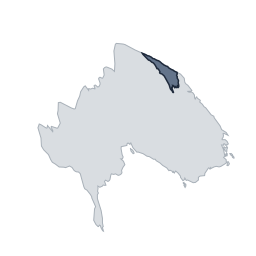 South Karelia highlighted on a map of Finland, rotated 242°
{"feature_id": "FIN-3188", "entity_name": "South Karelia", "entity_type": "Province", "adm_level": 1, "iso_a3": "FIN", "parent_name": "Finland", "parent_adm1": "", "projection": "equal_earth", "projection_center": [28.093, 61.258], "detail": "fine", "context": "in_parent", "style": "filled", "palette": "slate", "viewbox_px": 256, "rotation_deg": 242, "n_neighbors": 0, "source": "natural_earth", "source_scale": "10m", "svg_char_len": 5312}
<svg xmlns="http://www.w3.org/2000/svg" viewBox="0 0 256 256"><g transform="rotate(242 128 128)"><path d="M97.1,108.0L95.6,105.0L93.6,102.4L91.4,101.7L90.7,100.7L90.4,98.7L90.8,97.1L93.3,95.5L93.8,93.5L95.3,91.8L94.6,90.8L90.9,87.8L90.4,86.8L90.2,85.2L92.5,83.7L91.9,82.2L87.9,81.7L88.1,80.8L89.3,79.3L88.7,78.0L88.9,75.3L90.9,74.1L88.6,73.1L86.4,71.4L84.5,71.3L83.3,69.5L79.9,67.8L67.7,65.5L60.2,63.0L56.2,60.9L52.5,59.8L52.3,58.7L48.4,57.9L49.2,57.4L52.3,57.3L54.8,57.8L55.7,57.2L54.8,55.7L55.0,55.3L57.9,54.4L62.6,54.4L72.3,60.5L73.8,62.5L83.3,63.2L84.3,63.7L86.9,63.6L92.4,62.6L94.6,61.3L96.7,61.4L110.1,64.4L112.3,63.7L113.5,61.9L114.7,61.0L116.2,60.4L119.4,60.1L121.9,58.5L122.3,54.3L123.5,53.0L125.9,48.9L130.1,47.0L133.3,45.1L136.3,44.9L141.8,45.3L148.4,43.3L152.7,43.1L160.1,46.5L170.5,48.6L173.2,51.5L171.9,52.6L166.3,55.8L166.1,56.6L168.0,58.1L160.1,59.8L160.7,60.3L164.9,60.5L165.4,61.1L161.1,65.3L161.0,66.0L164.1,70.5L173.7,72.4L176.3,74.5L183.1,78.4L182.5,80.3L172.4,87.3L170.1,89.3L169.8,90.5L175.7,96.2L178.8,100.3L182.3,103.3L185.1,108.3L185.3,110.0L179.7,110.9L181.2,111.8L179.9,113.4L179.7,115.6L178.1,117.1L178.5,117.5L181.2,117.8L181.4,118.8L181.2,119.4L178.4,120.5L178.2,121.7L179.6,123.8L180.9,124.5L185.2,125.1L185.8,125.7L186.0,127.1L184.0,128.6L184.0,129.2L185.9,131.8L191.7,134.0L192.3,135.7L192.3,136.7L192.0,137.7L187.6,141.4L184.3,142.6L190.9,146.6L202.6,151.7L207.8,156.1L208.2,157.4L204.5,163.0L203.1,164.5L193.7,170.8L180.3,181.2L173.6,185.9L160.4,193.1L150.9,199.7L145.6,201.0L141.6,199.6L139.6,199.9L137.6,200.9L131.1,202.0L130.9,200.9L132.3,198.0L131.7,198.1L130.5,199.4L129.9,201.0L128.6,201.8L125.9,202.1L123.3,200.9L122.0,200.9L123.3,202.8L123.2,203.3L121.8,203.2L118.8,204.7L118.2,204.7L117.3,203.5L114.1,204.8L111.1,205.1L109.4,206.1L100.6,207.6L98.1,209.3L96.5,208.9L86.6,210.3L82.6,209.9L78.0,212.6L74.6,212.9L78.2,210.2L78.4,209.3L76.6,208.8L75.3,207.8L74.1,205.8L73.4,205.7L72.1,208.3L69.7,209.2L66.9,209.1L66.5,208.0L67.1,206.9L66.7,206.8L67.1,205.9L68.6,205.9L69.0,205.4L69.0,204.9L67.9,204.4L69.1,202.6L64.0,202.2L57.7,200.3L57.1,198.6L54.0,199.8L51.3,198.6L50.9,197.9L50.5,191.8L50.9,190.1L52.6,188.1L53.2,186.0L53.3,182.4L54.2,182.4L53.2,181.1L54.7,180.8L55.0,180.4L51.9,174.6L50.0,173.3L51.7,169.1L51.6,168.1L51.4,167.0L49.0,165.7L48.3,162.0L49.1,159.9L54.1,156.2L54.4,154.8L57.1,154.7L55.9,153.4L55.7,151.8L59.6,151.2L61.0,151.7L64.5,151.1L67.6,149.9L66.5,147.7L68.1,147.7L67.6,147.1L67.8,146.6L68.9,146.8L71.0,145.3L71.1,144.1L74.6,143.5L78.6,141.1L82.2,139.8L86.0,137.5L87.6,137.4L88.5,135.8L92.7,133.4L94.2,131.5L98.2,129.3L102.1,125.6L102.5,124.5L108.3,123.1L113.5,123.5L113.4,122.6L112.6,122.0L114.8,121.0L114.4,119.6L113.1,118.8L114.7,113.3L113.1,112.2L107.2,110.3L104.7,110.1L103.4,108.7L104.1,107.1L100.8,108.4L97.1,108.0ZM61.9,203.1L65.5,203.1L66.4,204.0L64.7,204.7L64.6,205.4L65.4,206.6L63.8,206.6L62.7,205.3L61.0,204.3L61.9,203.1ZM107.0,121.4L104.7,121.9L102.9,121.6L102.9,120.5L106.1,119.8L109.2,120.6L107.6,120.8L107.0,121.4ZM51.1,150.5L50.9,151.5L53.0,150.8L53.8,151.1L53.7,151.9L53.0,151.7L51.2,152.7L49.6,151.9L48.7,150.5L51.1,150.5ZM51.4,199.8L51.2,200.7L49.0,200.8L48.2,199.9L47.8,198.5L48.7,197.8L49.2,198.6L51.4,199.8ZM59.8,203.4L58.6,203.5L57.1,202.6L56.9,202.2L57.5,202.0L57.3,200.9L58.5,201.5L59.1,202.2L58.5,202.4L59.8,203.4ZM57.1,207.1L55.4,207.7L54.9,207.6L55.1,206.5L56.0,206.0L57.6,205.9L57.1,207.1ZM53.8,207.7L52.4,207.9L51.6,207.3L52.9,206.5L53.9,206.5L54.1,207.1L53.8,207.7Z" fill="#d9dde1" stroke="#a8b0b8" stroke-width="1"/><path d="M187.3,175.7L184.7,177.9L182.6,179.2L182.3,179.5L182.0,180.1L181.7,180.4L179.5,181.9L179.0,182.1L178.0,182.3L177.6,182.5L177.4,182.8L177.1,183.3L176.8,183.6L174.6,185.0L174.1,185.4L173.9,185.6L173.7,185.9L172.8,186.7L171.7,187.3L169.4,188.1L168.5,188.5L167.4,189.1L166.5,189.4L166.3,189.6L165.8,190.1L164.8,190.7L164.5,191.0L164.3,191.3L163.7,191.9L162.3,192.1L161.6,192.4L159.3,193.8L157.9,195.0L156.4,195.6L154.1,197.4L153.9,197.3L153.4,197.3L153.3,197.2L153.5,197.1L153.4,197.0L152.6,196.7L152.3,196.5L152.2,196.3L151.9,195.8L151.8,195.7L151.2,195.5L150.4,195.6L149.9,195.5L149.7,195.3L149.2,194.9L146.4,194.9L146.0,194.7L145.5,194.4L144.8,193.8L144.3,193.5L142.3,193.0L141.8,192.8L140.7,192.2L140.5,191.9L140.8,191.9L141.0,191.9L141.5,192.0L142.0,192.0L142.2,191.9L142.3,191.7L142.1,191.6L141.9,191.3L141.7,191.2L140.9,191.1L140.7,190.9L141.0,190.7L140.9,190.5L140.8,190.2L141.1,189.8L141.7,189.6L141.9,189.5L142.1,189.4L141.9,189.3L141.6,189.2L141.4,189.1L141.7,188.8L141.9,188.5L141.8,188.2L143.7,188.1L143.9,188.0L144.2,187.9L144.2,187.7L144.3,187.6L144.5,187.5L144.6,187.4L144.1,187.3L143.8,187.2L143.6,187.0L143.7,186.9L143.7,186.6L142.8,185.9L142.3,185.6L142.1,185.4L142.3,185.4L142.5,185.3L142.3,185.2L140.8,185.2L138.2,184.9L138.1,184.6L138.3,184.4L138.8,184.3L140.0,184.4L140.3,184.4L141.7,183.9L142.4,183.8L143.3,183.9L146.9,184.6L156.9,184.4L159.4,183.5L160.2,183.0L160.4,182.8L160.5,182.7L160.7,182.4L161.0,182.1L161.4,181.9L161.8,181.9L162.0,181.9L162.4,182.4L162.8,182.6L164.2,182.6L165.7,182.4L166.7,182.1L166.8,181.9L166.7,181.5L166.8,181.4L167.1,181.4L167.9,181.5L170.4,181.5L172.6,181.2L173.4,181.0L173.8,180.8L174.9,179.9L176.8,179.2L177.8,178.7L178.3,178.0L185.9,175.8L187.2,175.7L187.3,175.7L187.3,175.7Z" fill="#64748b" stroke="#1e293b" stroke-width="1.5"/></g></svg>